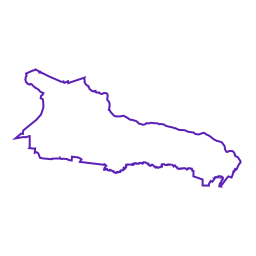 outline of Pesquería, Nuevo León, Mexico
{"feature_id": "50627088B93761712113478", "entity_name": "Pesquería", "entity_type": "district", "adm_level": 2, "iso_a3": "MEX", "parent_name": "Mexico", "parent_adm1": "Nuevo León", "projection": "albers", "projection_center": [-99.931, 25.747], "detail": "fine", "context": "isolated", "style": "outline", "palette": "violet", "viewbox_px": 256, "rotation_deg": 0, "n_neighbors": 0, "source": "geoboundaries", "source_scale": "gbopen_adm2", "svg_char_len": 5841}
<svg xmlns="http://www.w3.org/2000/svg" viewBox="0 0 256 256"><path d="M240.6,161.9L240.1,160.5L239.0,159.2L238.7,158.4L237.9,157.5L237.7,157.1L235.7,156.2L234.8,155.5L234.7,154.8L234.9,154.5L234.8,154.1L234.0,152.5L233.2,151.6L232.1,151.0L230.9,151.1L229.7,150.9L228.2,151.5L227.6,151.9L227.0,152.0L226.6,151.8L226.1,151.3L225.8,150.9L224.9,148.6L224.8,147.1L224.4,145.8L221.8,142.4L220.6,141.8L216.6,140.8L215.5,140.1L213.8,139.4L210.4,136.6L208.2,135.2L207.3,134.8L206.3,134.5L204.6,133.1L203.4,132.9L202.8,133.0L199.6,134.2L198.8,134.4L197.8,134.4L196.7,134.1L195.6,134.1L193.4,132.5L188.8,131.9L187.1,131.4L185.8,130.6L183.8,130.1L179.4,130.0L175.5,128.3L174.8,128.2L172.4,127.4L168.2,126.5L165.6,125.7L164.8,125.0L164.0,124.5L160.7,124.0L159.0,124.3L158.5,123.7L157.0,123.3L153.7,123.2L152.1,122.9L150.5,122.8L149.0,123.4L148.4,123.5L148.1,123.3L147.0,123.1L146.2,123.3L145.8,124.0L145.2,124.2L143.8,124.6L142.6,124.7L141.1,124.1L138.8,123.6L138.4,123.0L138.0,122.8L137.6,122.1L135.9,120.9L133.7,120.5L132.8,119.9L130.8,119.9L129.0,119.1L128.6,118.5L127.8,118.2L126.5,117.2L125.6,116.9L124.0,115.9L122.5,115.9L120.8,116.3L118.6,116.5L117.8,116.4L116.7,116.5L116.0,116.2L115.1,116.3L113.5,115.3L113.1,114.6L110.7,112.2L110.0,110.6L109.1,110.1L108.8,109.8L108.8,109.5L109.3,108.5L109.4,106.4L109.7,105.4L109.5,104.9L109.6,103.3L109.1,102.5L108.8,101.4L107.7,100.5L107.2,99.3L107.2,98.6L107.6,97.0L107.7,95.0L107.5,94.5L107.0,93.6L105.8,93.1L103.9,93.0L102.7,93.7L101.8,94.0L101.2,94.0L100.4,93.4L99.8,93.3L99.7,93.1L98.9,92.4L98.2,92.7L96.4,92.5L96.0,92.2L96.0,91.8L95.9,91.6L94.1,91.5L93.8,91.3L93.9,91.2L93.0,91.4L92.2,91.1L91.4,90.3L90.5,89.9L89.8,89.1L89.4,88.8L89.2,88.0L88.7,87.0L88.4,86.7L88.5,86.2L87.1,85.4L86.3,84.8L85.6,84.0L85.1,83.0L84.6,82.4L84.5,82.1L84.7,81.2L84.7,80.4L84.2,78.9L84.6,77.6L68.2,83.1L68.0,81.2L64.8,82.7L64.7,82.6L64.2,82.8L63.5,81.4L62.0,81.9L61.4,81.8L49.2,76.5L41.6,72.7L41.3,72.9L40.5,71.9L39.6,72.5L39.4,72.5L39.7,71.7L35.4,69.4L34.5,70.2L32.9,70.5L26.3,73.4L26.4,73.8L26.1,73.9L26.6,75.6L26.1,76.7L25.6,77.4L25.7,78.8L25.3,79.5L25.6,80.4L25.9,82.0L27.1,82.8L27.5,83.8L27.9,83.9L29.4,84.5L30.0,84.5L30.3,84.0L30.7,83.9L31.9,84.5L33.7,86.5L34.4,86.8L35.0,87.6L37.0,88.6L38.9,89.9L39.9,91.4L42.2,92.6L43.4,93.1L42.6,94.8L41.0,96.0L40.7,98.3L42.5,99.0L42.9,99.5L43.3,103.1L43.4,107.4L41.1,114.4L36.5,119.7L23.3,130.4L22.9,132.6L23.0,133.8L21.1,133.6L15.4,138.4L23.9,137.0L25.7,137.3L28.6,136.3L29.7,136.1L29.7,147.6L29.3,148.1L34.1,148.6L34.8,148.6L35.1,148.5L34.8,152.8L35.9,152.3L36.7,152.2L38.3,153.4L40.0,157.8L42.9,158.4L49.9,159.1L52.1,159.1L52.3,158.6L59.9,158.5L60.0,158.3L60.3,158.3L60.3,158.1L61.1,158.9L62.1,159.0L63.3,158.7L67.2,159.1L68.6,160.0L71.7,160.5L72.0,156.7L78.0,157.4L81.0,158.9L81.5,159.3L79.9,161.9L104.0,164.8L104.3,164.2L105.3,164.8L106.3,165.9L104.5,167.9L104.0,169.8L104.4,169.9L105.1,169.0L105.6,169.0L105.9,169.3L107.0,169.0L107.1,169.9L108.8,170.5L109.5,170.6L109.8,169.9L110.4,169.8L110.8,170.4L111.4,170.4L112.2,170.8L112.3,171.0L113.0,171.1L112.8,171.4L114.1,172.4L114.7,172.4L115.1,172.7L115.6,172.4L115.9,172.3L116.1,172.5L116.2,172.9L116.8,172.6L117.4,171.9L117.9,172.3L118.1,172.0L120.1,172.1L120.8,171.1L120.4,170.8L120.7,170.5L121.9,170.2L122.9,170.4L123.3,169.9L123.7,169.6L123.4,168.3L123.7,167.7L124.6,168.0L125.2,167.8L125.3,168.3L125.4,168.2L125.3,167.5L125.6,166.7L126.2,166.8L126.4,165.4L126.1,165.0L126.1,164.8L126.6,164.8L127.2,164.5L127.6,164.6L128.0,164.4L129.1,164.7L131.1,164.4L131.7,164.6L132.1,165.0L132.7,165.0L133.1,164.8L133.3,164.3L133.2,164.1L132.7,163.8L132.8,163.6L133.1,163.5L133.6,163.8L134.1,164.3L134.3,164.3L134.7,163.8L134.8,163.3L135.2,163.1L136.0,163.1L136.4,163.3L136.8,163.8L137.6,163.8L138.2,163.7L138.6,163.2L139.4,163.5L140.1,162.9L140.7,162.8L142.1,163.2L142.2,163.6L142.7,163.7L143.0,163.3L142.8,163.1L142.8,162.8L143.3,162.4L143.7,162.2L144.2,162.4L145.5,162.4L146.0,162.6L146.4,163.1L147.3,163.6L147.5,163.6L147.8,163.4L148.0,163.4L148.3,163.9L148.6,164.0L148.6,164.9L149.0,164.9L149.4,165.3L150.1,165.9L150.6,165.5L151.2,165.4L151.4,164.9L151.7,164.7L152.3,164.7L153.4,165.4L153.8,166.2L154.7,166.7L155.2,166.7L155.2,167.3L155.4,167.6L155.8,167.6L156.2,167.1L156.7,167.0L157.2,167.2L157.7,167.8L158.5,167.7L159.2,167.2L159.9,167.4L160.7,166.9L160.9,166.6L161.7,166.8L161.8,166.2L162.0,166.1L162.1,165.4L161.6,164.8L161.6,164.6L161.9,164.2L162.2,164.2L163.3,164.3L164.3,164.2L164.9,164.8L166.1,165.0L166.6,164.9L167.4,165.1L167.8,165.0L167.9,164.4L168.1,164.3L169.4,164.7L170.1,164.5L171.9,164.8L172.8,165.2L172.9,165.4L173.4,165.8L173.5,166.1L173.9,165.6L174.9,165.5L174.8,166.2L175.4,166.2L175.8,166.4L176.4,167.1L176.5,167.4L176.8,167.6L177.2,167.5L177.3,168.1L177.7,168.1L177.9,168.5L178.4,168.7L178.5,168.9L178.7,169.0L178.9,168.7L180.2,168.8L180.8,168.4L181.0,168.5L181.5,168.5L181.7,168.1L181.7,168.5L182.0,168.4L182.1,168.5L182.5,168.3L183.2,168.5L183.8,168.3L184.1,168.0L185.4,168.7L186.5,168.9L186.9,168.6L187.0,168.9L187.7,169.0L188.1,168.6L188.0,168.9L189.2,168.1L189.7,168.2L190.0,168.4L191.8,168.7L191.8,168.9L191.7,169.2L192.0,169.3L192.3,169.8L192.4,170.2L192.3,170.7L193.5,171.1L193.4,171.4L193.5,171.6L193.4,176.3L202.6,179.5L202.6,185.5L208.9,185.6L208.9,184.0L210.8,180.9L212.3,181.8L214.8,178.3L214.6,178.2L215.0,178.1L215.3,177.9L214.9,177.9L215.0,177.4L215.7,177.0L217.8,177.3L217.5,176.8L217.7,176.5L218.3,176.6L218.6,176.4L219.0,176.6L219.6,176.4L219.7,176.2L221.6,176.5L221.8,177.1L221.5,177.6L222.7,177.6L222.6,177.9L222.9,178.4L222.8,179.1L222.5,179.8L222.0,180.3L221.6,180.3L221.5,180.6L221.3,181.8L221.0,182.7L220.0,183.4L219.7,184.2L219.3,186.3L221.0,186.6L220.8,186.2L227.4,177.4L228.4,176.4L231.5,177.5L232.5,175.2L233.6,171.1L234.4,171.5L235.2,168.9L236.5,169.5L237.9,166.5L237.8,166.4L239.6,163.3L240.2,163.0L240.2,162.5L240.6,161.9Z" fill="none" stroke="#5b21b6" stroke-width="2"/></svg>